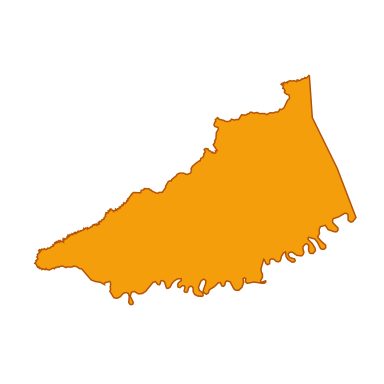 Barranco Mina, Guainía, Colombia (Mercator projection), rotated 176°
{"feature_id": "7082276B12505915261295", "entity_name": "Barranco Mina", "entity_type": "district", "adm_level": 2, "iso_a3": "COL", "parent_name": "Colombia", "parent_adm1": "Guainía", "projection": "mercator", "projection_center": [-69.213, 3.219], "detail": "fine", "context": "isolated", "style": "filled", "palette": "amber", "viewbox_px": 384, "rotation_deg": 176, "n_neighbors": 0, "source": "geoboundaries", "source_scale": "gbopen_adm2", "svg_char_len": 5993}
<svg xmlns="http://www.w3.org/2000/svg" viewBox="0 0 384 384"><g transform="rotate(176 192 192)"><path d="M30.2,155.1L45.6,205.7L66.8,257.8L66.8,299.7L67.2,300.1L69.9,297.6L71.4,298.2L71.4,297.7L73.6,297.1L74.3,297.3L74.4,296.8L77.5,295.4L78.0,296.0L79.0,295.8L78.7,296.3L79.4,296.4L80.0,294.9L82.6,296.0L84.5,295.6L86.2,296.2L88.0,295.7L89.1,294.5L89.2,295.2L91.3,294.3L92.2,295.0L93.3,294.4L93.2,293.4L94.2,294.2L95.6,293.3L93.5,291.2L94.2,289.0L93.3,288.7L92.3,287.2L92.1,286.2L92.6,286.2L92.9,285.3L92.4,284.3L90.3,282.5L89.4,282.6L88.3,281.8L88.2,278.6L90.3,276.8L94.4,269.5L96.8,268.0L98.6,268.5L100.3,265.9L103.2,265.9L105.6,265.2L108.5,265.6L112.1,264.0L114.0,265.2L119.7,265.6L121.4,266.8L125.0,266.3L127.0,267.5L128.5,267.4L129.8,266.1L130.7,266.2L133.2,264.9L137.1,265.6L140.6,260.9L141.9,261.3L144.5,260.8L147.7,261.9L148.5,260.6L151.0,259.7L153.9,260.2L155.2,261.2L159.8,262.6L161.2,264.4L163.7,262.5L163.4,260.8L164.6,259.8L165.4,257.3L164.7,255.8L161.5,254.5L161.3,252.9L163.6,249.5L164.4,243.4L165.7,241.8L165.7,239.9L167.5,237.7L164.0,231.5L165.8,231.3L165.4,229.8L166.2,229.2L167.5,229.3L168.5,230.3L169.0,229.7L171.4,231.9L172.8,232.5L173.1,234.0L175.8,234.4L176.9,233.5L176.0,231.8L176.3,230.5L177.5,229.5L177.5,228.0L178.9,225.6L180.9,224.9L181.7,222.5L182.5,222.6L185.8,220.6L189.9,217.5L191.4,215.1L191.0,213.7L192.1,211.0L195.7,209.8L199.2,211.4L203.0,211.7L205.6,210.7L206.5,209.3L211.3,205.9L211.8,204.5L212.8,204.8L214.8,204.2L217.9,199.7L218.1,198.1L221.6,193.8L224.9,193.9L226.1,193.1L228.0,193.6L231.6,195.5L232.4,196.6L233.7,196.9L234.4,198.1L239.4,198.8L239.9,197.6L242.6,197.1L243.2,194.8L250.4,195.6L252.7,193.9L252.5,193.4L254.9,191.2L255.3,190.0L256.4,189.8L256.4,188.3L257.0,187.6L257.5,188.0L258.3,186.1L259.7,185.2L260.5,185.9L260.6,185.2L261.2,185.4L261.4,183.8L262.9,183.8L262.7,183.2L264.4,182.3L264.6,181.4L265.5,182.0L266.1,180.4L267.3,180.5L268.2,179.4L269.0,180.0L268.8,179.3L269.5,179.8L269.9,179.4L269.4,179.0L271.6,178.7L271.6,178.2L274.0,180.7L275.1,179.3L275.3,180.0L276.4,178.6L276.9,178.9L277.1,177.0L279.0,177.3L278.8,176.8L279.1,176.1L279.7,176.1L280.1,174.8L279.9,173.7L281.6,172.3L281.8,170.9L283.6,170.7L284.7,168.9L285.5,168.8L285.9,169.3L287.6,168.0L286.7,167.4L286.6,166.4L287.3,166.2L287.7,166.8L288.7,165.9L289.2,166.4L289.3,165.7L289.7,166.3L290.8,166.1L291.0,166.6L291.7,166.0L291.9,166.8L292.1,165.8L292.8,166.2L293.8,165.5L294.2,164.2L295.5,164.2L296.8,163.0L298.1,163.2L298.5,162.5L299.0,163.5L299.5,162.7L300.4,163.5L301.7,162.6L302.5,163.2L302.6,161.9L305.5,160.9L306.1,161.2L306.9,160.3L308.2,160.1L308.4,160.8L309.5,159.5L310.3,159.6L310.5,158.9L311.5,160.0L312.3,159.5L312.0,158.7L313.5,158.7L314.0,157.8L314.5,158.3L314.5,157.4L315.0,158.3L316.1,157.6L316.7,158.0L317.2,156.8L318.3,157.5L318.1,156.6L318.8,157.0L319.1,156.6L318.9,155.7L319.9,155.8L319.9,154.5L322.4,153.6L322.8,154.6L323.5,154.6L323.1,153.9L324.0,153.3L323.3,152.3L324.3,151.9L324.0,151.1L325.7,152.0L326.6,151.6L326.8,152.5L327.4,151.9L327.9,152.5L328.2,151.6L328.6,152.5L329.9,152.0L329.5,151.3L330.4,150.8L330.0,150.2L330.8,150.7L330.9,151.7L332.5,150.9L332.1,150.1L333.4,149.2L334.3,149.2L334.5,147.9L333.6,147.6L336.1,147.3L338.1,145.8L339.9,146.1L340.7,145.1L342.3,144.8L343.0,145.8L344.6,145.0L345.8,145.5L346.5,144.4L347.2,145.3L346.7,144.1L347.1,143.6L348.0,145.1L348.6,144.8L349.0,144.2L348.3,142.0L350.6,140.6L350.4,138.8L351.4,137.9L350.6,137.1L350.5,135.8L352.4,134.6L352.1,133.9L353.8,131.7L352.6,131.1L351.3,127.8L350.1,128.0L350.1,127.1L349.2,126.9L349.3,126.3L348.0,126.3L347.2,125.1L346.4,125.8L344.0,124.8L343.0,125.8L342.7,125.0L340.1,124.1L336.0,125.7L334.6,125.0L333.3,126.4L332.4,126.0L330.9,126.9L329.9,126.2L328.7,127.0L326.3,127.2L322.9,125.3L321.6,126.1L317.9,125.5L316.1,125.7L315.3,126.4L312.1,125.5L309.5,123.4L307.4,123.0L298.7,111.3L294.4,109.4L289.7,108.3L285.8,105.8L286.0,106.6L284.8,107.6L280.3,108.5L279.7,107.4L279.6,104.9L280.2,103.1L280.0,100.4L280.9,98.7L277.4,92.1L275.3,91.3L273.1,91.5L270.6,92.7L268.0,95.4L266.1,96.2L264.4,96.2L262.6,95.2L261.9,92.0L262.8,86.2L262.0,84.6L260.8,83.9L259.1,84.1L258.2,85.7L260.7,91.9L260.4,94.1L259.2,96.3L256.4,96.8L252.5,94.1L248.6,94.2L245.1,96.2L237.2,104.6L234.7,105.2L232.7,102.2L231.1,101.7L230.2,102.5L229.4,105.3L228.0,105.8L225.7,104.4L224.3,98.4L223.7,97.6L222.4,97.6L220.4,98.7L218.5,102.0L216.0,104.5L212.6,106.3L208.9,106.3L208.8,104.5L211.7,102.5L212.7,101.0L212.7,98.3L210.7,97.4L208.1,99.3L206.2,98.9L205.6,97.5L206.8,93.7L206.3,92.8L204.4,92.2L203.4,92.9L201.9,97.0L200.8,97.8L199.0,98.0L197.6,96.3L197.8,92.5L196.5,89.6L193.5,87.8L189.1,87.2L188.2,87.9L188.2,89.9L188.8,91.1L191.6,93.4L192.2,96.5L189.4,102.4L187.2,104.0L185.7,104.0L184.4,102.5L184.8,99.7L187.7,93.0L187.3,90.7L184.8,89.0L182.9,90.0L181.3,93.4L176.4,95.9L171.9,99.7L170.0,99.5L168.9,96.3L167.4,95.7L165.9,96.6L164.9,99.8L163.4,100.9L160.2,99.7L157.0,92.4L155.7,91.2L153.7,90.7L152.0,90.8L148.8,93.5L146.9,97.9L147.1,101.9L145.8,102.8L144.4,102.0L145.0,98.7L143.4,97.0L136.6,97.9L128.1,96.0L126.0,96.0L124.6,97.2L124.8,98.3L128.4,97.2L129.4,97.6L129.8,98.9L127.6,102.0L127.5,105.4L128.4,107.3L128.6,110.4L125.2,119.9L124.5,119.2L123.3,115.6L121.9,114.2L119.6,115.0L119.2,118.6L117.7,119.7L115.0,119.3L112.8,116.8L110.7,116.3L108.7,117.3L107.2,121.7L105.0,124.8L102.9,125.7L102.7,121.1L101.1,118.1L97.0,115.0L94.9,115.1L93.8,116.2L94.3,118.1L98.9,119.7L100.3,122.3L100.3,123.7L98.5,125.1L96.1,125.0L91.9,121.5L87.2,120.6L85.7,121.7L84.6,123.7L85.3,128.0L85.0,129.8L82.9,131.9L81.3,132.5L79.3,130.6L79.8,125.8L79.0,123.2L78.2,122.5L75.5,122.2L73.0,124.8L73.2,127.4L75.6,132.1L79.1,136.1L79.6,137.2L78.9,138.7L72.7,136.5L70.5,133.3L67.6,126.5L66.0,125.7L64.0,125.8L62.5,127.1L62.4,129.6L66.9,134.2L69.8,138.3L67.7,141.8L67.9,145.4L66.4,148.4L61.4,149.5L58.8,144.9L52.4,142.3L50.4,142.3L49.0,143.8L48.9,145.9L53.7,151.6L53.8,153.9L52.9,155.6L47.6,156.9L40.9,160.2L39.3,159.8L38.0,158.6L38.2,153.0L35.9,150.9L33.7,151.2L30.2,155.1Z" fill="#f59e0b" stroke="#b45309" stroke-width="1.5"/></g></svg>